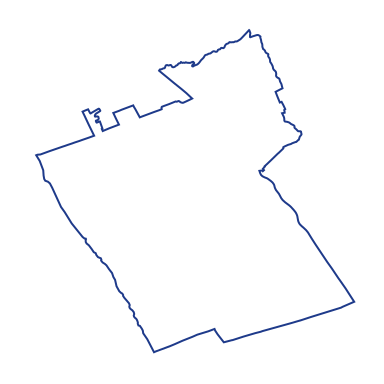 Bac Lieu, Bạc Liêu, Vietnam, rotated 85°
{"feature_id": "81297802B6284379291034", "entity_name": "Bac Lieu", "entity_type": "district", "adm_level": 2, "iso_a3": "VNM", "parent_name": "Vietnam", "parent_adm1": "Bạc Liêu", "projection": "orthographic", "projection_center": [105.722, 9.268], "detail": "fine", "context": "isolated", "style": "outline", "palette": "blue", "viewbox_px": 384, "rotation_deg": 85, "n_neighbors": 0, "source": "geoboundaries", "source_scale": "gbopen_adm2", "svg_char_len": 5832}
<svg xmlns="http://www.w3.org/2000/svg" viewBox="0 0 384 384"><g transform="rotate(85 192 192)"><path d="M348.3,243.8L347.7,242.1L343.6,227.2L342.1,222.5L339.3,214.3L336.3,204.2L334.6,199.2L332.2,187.9L330.4,181.5L332.1,181.0L336.0,178.9L344.5,173.4L343.1,165.2L343.1,164.6L340.5,153.2L338.1,141.2L337.2,135.7L336.7,133.9L331.4,105.4L329.1,93.9L326.9,84.5L320.2,53.6L319.5,52.0L315.5,40.0L301.3,47.5L292.8,52.4L290.8,53.6L280.1,59.5L273.5,63.4L254.9,73.6L249.0,76.7L242.4,80.0L239.9,81.7L237.1,84.2L235.8,85.5L234.5,86.6L233.8,87.2L233.0,87.7L231.9,88.2L230.7,88.6L229.7,88.8L225.3,89.2L224.3,89.4L223.1,89.8L221.6,90.4L220.6,91.0L218.8,92.2L215.4,94.8L213.9,96.2L210.4,100.1L209.1,101.3L207.9,102.4L205.8,103.7L201.7,105.4L201.0,105.8L197.5,108.1L196.3,108.6L194.9,109.1L192.4,109.5L191.5,109.8L189.6,110.9L187.8,112.6L185.6,115.1L184.8,116.2L183.8,118.3L183.3,119.1L182.8,119.9L182.3,120.6L180.9,121.8L179.0,122.5L176.8,123.0L176.7,120.0L177.4,119.6L176.5,118.4L175.0,119.3L174.2,118.4L173.4,117.8L173.1,117.3L172.9,117.4L172.7,117.4L167.8,111.2L161.1,103.0L160.9,102.6L157.2,98.0L156.5,97.2L155.4,97.2L154.8,96.1L154.1,94.1L153.4,92.2L152.8,89.2L152.2,88.0L151.8,86.6L151.2,84.3L151.2,83.8L150.3,82.6L149.7,82.0L149.2,81.0L148.7,80.8L146.9,80.1L146.2,79.7L144.5,78.1L144.1,77.9L143.6,77.9L142.3,78.1L141.3,78.2L141.0,78.6L140.9,79.0L140.8,80.2L140.7,80.9L139.9,81.7L139.3,82.1L138.4,82.9L137.4,83.9L137.0,84.2L136.6,84.3L135.9,84.2L135.3,84.2L134.8,84.5L134.3,85.0L132.9,87.4L131.7,88.6L131.1,89.4L130.4,91.1L129.9,93.2L129.6,93.5L129.2,93.7L128.7,93.8L127.3,93.7L125.9,93.8L125.1,94.0L121.4,95.4L121.1,92.8L119.9,92.8L118.4,93.0L117.6,91.9L113.5,93.4L110.0,94.9L110.5,96.7L103.7,98.8L99.5,100.0L97.4,94.9L96.6,92.8L96.0,92.9L94.9,93.1L92.9,93.4L92.0,93.6L90.2,94.4L89.3,94.7L87.2,95.0L86.2,95.7L85.6,96.8L84.5,97.8L84.1,98.0L83.4,98.1L82.6,98.0L81.8,97.8L80.2,97.9L79.7,98.0L79.1,98.3L78.5,98.8L77.3,99.9L76.4,100.3L75.7,100.5L74.9,100.5L73.3,100.8L70.7,101.9L69.6,102.6L69.1,102.8L67.0,102.8L66.4,102.9L65.2,103.3L64.1,104.0L63.2,104.3L62.9,104.3L61.8,104.0L61.4,104.0L61.1,104.2L59.9,106.0L59.3,106.4L58.8,106.7L57.6,107.0L57.1,107.3L56.1,108.2L55.7,108.7L55.4,108.7L54.5,109.0L53.5,109.2L52.9,109.2L51.6,109.1L51.0,109.2L50.5,109.2L49.0,109.8L46.4,110.0L44.6,110.4L43.7,110.5L43.1,110.3L42.3,111.1L41.6,112.0L41.4,112.5L41.3,113.4L41.4,114.1L42.2,117.8L42.9,120.4L42.8,120.6L42.6,120.7L41.5,120.6L40.1,120.4L38.8,120.0L35.9,120.8L35.7,121.0L42.4,128.5L44.1,130.5L44.5,131.3L45.8,133.8L45.9,134.7L45.8,135.9L46.0,136.3L46.4,137.4L46.3,138.8L46.3,140.0L46.2,140.7L46.0,141.2L46.0,141.5L46.1,141.8L46.8,142.5L47.0,142.9L47.3,143.6L47.5,144.7L47.7,145.0L48.5,145.9L49.5,146.6L50.5,147.0L51.0,147.5L51.2,147.8L51.4,148.1L51.4,148.5L51.1,149.5L51.0,149.9L51.1,150.5L52.2,151.6L52.3,152.0L52.4,153.0L52.7,153.7L53.0,153.9L53.7,154.3L54.2,154.8L54.4,155.2L54.4,156.1L53.8,157.5L53.7,158.0L53.7,158.5L54.0,159.2L55.5,161.5L55.6,162.0L55.7,163.3L55.8,163.7L56.3,164.5L56.4,164.8L56.6,166.2L56.8,166.6L56.9,167.0L57.6,167.6L59.1,168.7L60.3,170.0L60.8,170.7L61.7,171.7L63.2,173.0L64.3,174.1L65.2,175.3L65.5,175.9L66.3,178.7L67.0,180.0L66.9,180.6L66.7,180.8L66.4,180.9L65.6,180.5L65.1,180.2L64.2,178.8L63.9,178.6L63.6,178.6L63.3,178.8L62.5,179.4L62.4,179.7L62.5,180.4L63.2,182.4L63.2,183.1L62.8,185.7L62.3,186.8L62.3,187.0L62.6,187.5L62.7,187.9L62.4,189.0L62.5,190.0L62.5,190.4L62.4,190.7L61.7,191.4L61.6,191.7L62.4,192.4L62.6,192.7L62.7,193.0L62.8,194.0L63.2,194.6L64.3,195.5L64.4,195.8L64.6,196.7L65.2,197.4L65.7,198.2L66.0,199.1L66.1,199.4L66.0,200.1L65.9,200.5L65.7,200.8L65.2,201.1L64.3,201.5L63.9,201.8L63.7,202.0L63.6,202.3L63.6,202.7L63.8,203.4L63.9,204.1L63.9,204.5L63.4,205.6L63.4,206.4L63.5,206.8L63.8,207.1L64.3,207.5L65.8,208.1L66.0,208.3L66.3,208.7L66.3,209.4L66.5,210.2L67.0,211.4L67.1,212.1L67.2,213.4L68.3,214.2L71.6,210.9L75.0,207.4L81.8,200.5L88.6,193.4L93.1,188.9L98.9,183.7L100.3,187.3L101.2,189.8L102.3,192.9L102.3,193.2L102.3,193.9L101.6,195.6L101.3,195.9L100.7,196.5L100.4,196.9L100.3,197.3L100.2,197.6L100.3,198.0L100.5,198.4L100.6,198.9L100.7,199.5L100.4,200.5L102.5,207.4L103.9,212.6L104.5,214.6L104.9,214.9L105.4,215.0L106.9,215.0L107.7,217.7L108.5,220.9L109.3,223.9L112.6,235.8L113.1,237.5L104.4,241.3L102.2,242.4L100.6,243.0L103.9,254.9L104.7,257.3L106.4,263.5L112.1,261.4L118.5,258.9L119.5,262.4L121.3,268.8L123.5,275.6L121.4,276.3L121.2,275.7L120.6,275.8L113.7,277.6L113.7,277.8L113.8,278.2L114.5,280.5L114.5,281.0L114.0,281.3L112.9,281.6L112.6,281.5L112.1,279.9L111.9,279.4L111.6,279.0L111.3,278.8L110.6,278.5L108.9,278.8L108.5,279.5L108.4,280.8L108.5,281.7L108.3,282.1L107.7,282.2L107.0,282.0L106.3,281.5L105.6,280.8L103.7,277.1L103.3,276.4L103.0,276.3L102.4,276.5L101.1,277.2L100.9,277.6L101.2,278.5L104.0,284.4L104.9,286.1L104.9,286.3L104.4,286.7L100.6,288.3L101.0,289.7L102.4,294.0L104.6,293.2L106.4,292.5L115.7,289.1L127.4,284.6L128.9,290.2L130.6,297.0L131.4,300.0L132.5,304.7L133.2,307.3L134.3,311.9L134.9,314.2L135.5,316.8L138.8,330.0L141.1,338.6L141.4,339.7L141.4,342.7L141.8,344.0L147.8,341.0L157.4,338.3L162.7,338.4L166.1,338.1L168.0,337.2L169.2,334.6L171.1,332.8L175.6,330.9L195.5,323.8L200.9,320.6L212.8,314.6L227.3,304.9L229.0,303.1L229.2,301.9L229.7,301.7L230.6,302.1L232.5,302.2L234.1,301.5L236.1,299.4L240.1,296.9L243.4,295.1L244.5,293.3L246.6,292.7L248.7,291.3L250.1,288.6L251.4,288.2L252.4,288.5L254.4,287.2L256.1,285.0L257.6,283.6L261.8,281.3L265.8,278.7L269.9,277.7L272.8,276.3L279.3,275.4L284.5,273.1L286.3,271.5L287.1,270.3L288.5,269.6L289.5,269.7L291.4,268.7L297.3,264.5L299.2,263.9L300.5,264.4L301.8,264.3L303.2,263.4L304.6,261.8L306.6,260.5L308.5,260.2L310.0,260.8L311.1,260.6L312.1,260.0L313.5,258.6L314.9,257.9L317.2,257.3L318.5,257.5L320.3,257.0L320.8,255.6L323.6,254.0L325.7,253.1L328.5,252.9L334.7,249.4L348.3,243.8Z" fill="none" stroke="#1e3a8a" stroke-width="2"/></g></svg>